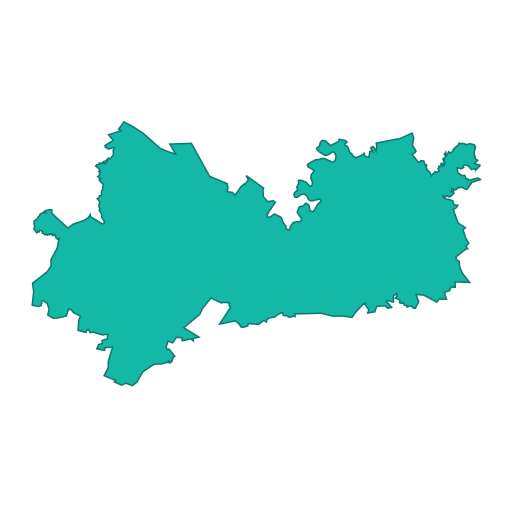 the district of Umzinyathi, KwaZulu-Natal, South Africa, rotated 271°
{"feature_id": "47623444B41861303399053", "entity_name": "Umzinyathi", "entity_type": "district", "adm_level": 2, "iso_a3": "ZAF", "parent_name": "South Africa", "parent_adm1": "KwaZulu-Natal", "projection": "equal_earth", "projection_center": [30.717, -28.61], "detail": "fine", "context": "isolated", "style": "filled", "palette": "teal", "viewbox_px": 512, "rotation_deg": 271, "n_neighbors": 0, "source": "geoboundaries", "source_scale": "gbopen_adm2", "svg_char_len": 6074}
<svg xmlns="http://www.w3.org/2000/svg" viewBox="0 0 512 512"><g transform="rotate(271 256 256)"><path d="M127.6,116.7L124.6,123.8L126.5,128.3L124.2,134.6L127.8,139.1L138.4,145.0L146.1,156.2L146.5,163.6L148.2,169.3L147.6,171.6L149.4,170.7L148.6,173.5L153.6,175.2L154.4,176.6L161.5,170.6L160.8,168.9L163.4,167.8L169.3,169.5L167.7,174.2L173.2,177.8L173.1,183.1L170.0,183.7L172.0,192.2L170.1,194.8L172.5,194.6L173.9,200.4L183.0,185.0L196.8,200.9L202.3,203.2L213.2,211.7L208.4,222.5L209.0,223.9L208.8,230.1L205.9,230.1L204.1,231.4L187.3,220.8L190.8,236.7L187.1,240.8L184.9,242.1L184.4,244.2L185.8,248.8L188.3,249.6L187.7,259.9L191.7,265.0L190.2,267.6L192.6,268.0L194.4,270.6L195.3,275.8L198.2,279.4L200.1,283.5L197.1,284.3L196.7,287.9L195.3,290.5L196.5,294.8L196.0,296.0L198.8,296.2L199.9,322.2L197.3,333.2L197.5,343.8L196.3,353.1L201.0,356.2L210.0,364.2L210.9,366.6L209.7,364.9L209.2,366.1L204.2,369.7L200.9,368.7L202.3,375.8L207.8,377.6L208.4,385.9L206.0,388.9L207.0,392.5L213.1,387.1L213.9,387.9L212.3,394.2L218.6,394.1L220.8,397.3L218.0,397.6L216.3,396.1L214.5,400.6L211.7,400.4L211.2,402.3L211.7,404.1L209.3,405.3L209.1,407.7L207.6,407.8L208.9,412.0L206.7,414.2L206.4,416.1L213.1,419.5L220.3,416.7L219.8,424.4L213.0,437.7L216.1,439.7L216.1,447.2L222.8,445.0L224.9,450.3L228.1,451.4L228.7,452.6L228.2,453.4L228.2,455.9L233.6,455.3L233.3,470.0L242.3,462.8L248.2,459.9L254.2,459.3L255.8,456.3L258.8,456.1L266.7,465.9L266.9,467.6L269.4,465.6L272.5,468.5L277.8,465.2L285.8,462.6L287.9,464.8L292.5,457.5L305.9,452.4L307.9,455.6L310.3,456.8L310.4,453.1L314.7,451.8L316.0,447.5L315.8,446.2L317.7,442.5L319.2,441.8L318.4,444.1L319.7,446.1L318.3,448.0L319.9,450.9L322.4,452.8L323.8,452.3L323.7,449.9L325.3,450.7L327.0,450.4L326.4,451.9L325.2,452.4L326.0,455.2L328.2,456.8L327.7,457.8L328.5,459.9L326.3,464.9L326.4,465.9L333.5,470.8L336.3,479.0L337.9,476.5L335.3,467.1L336.6,466.8L337.0,464.7L340.3,463.3L339.9,461.0L342.7,456.3L347.7,455.6L346.8,459.8L348.1,462.0L347.7,462.7L348.2,462.0L348.2,461.5L350.9,462.7L349.9,466.6L346.3,469.8L347.3,474.1L345.6,474.1L349.9,478.1L350.7,478.4L352.4,472.5L355.5,476.0L357.7,472.9L358.9,473.6L360.1,472.7L363.8,472.4L369.0,473.6L371.1,472.2L372.0,468.2L371.0,463.5L371.9,462.6L372.2,460.6L371.7,460.1L372.4,457.0L370.9,456.7L367.5,452.8L365.7,451.2L364.8,451.5L363.1,449.5L362.5,448.5L363.6,446.9L361.1,445.6L360.6,444.4L363.1,443.9L360.8,442.5L359.2,444.5L356.3,441.2L355.5,442.8L354.9,441.7L353.3,442.0L352.7,443.3L351.9,442.4L350.0,443.1L349.1,440.9L350.5,441.9L351.8,440.5L351.9,439.6L349.4,438.8L348.7,437.1L347.3,437.5L346.6,436.5L343.9,437.6L342.9,435.5L343.5,433.6L342.3,433.9L342.0,432.0L339.2,430.2L343.1,428.0L345.5,424.9L346.2,425.4L348.3,424.4L349.5,425.2L350.2,424.4L350.0,423.7L354.0,422.0L354.2,419.3L352.8,418.1L352.6,416.7L360.3,410.3L361.7,412.8L363.8,414.2L369.4,410.5L376.8,411.6L381.6,409.9L376.1,398.3L371.0,374.2L368.0,374.9L362.8,374.2L366.6,372.2L367.6,370.8L366.1,368.8L362.4,370.8L362.8,370.0L362.5,367.9L356.7,367.2L357.3,364.3L358.6,362.9L360.6,362.3L359.1,361.3L359.3,360.3L358.4,359.8L356.0,354.1L357.6,351.4L360.1,349.8L361.1,348.1L367.0,345.6L368.3,343.2L369.4,342.7L371.5,345.0L373.0,343.4L374.2,337.1L371.9,336.6L367.7,328.5L372.2,323.6L372.6,320.0L370.2,318.1L366.9,317.5L365.0,314.9L364.0,314.8L360.8,318.0L357.7,323.5L358.8,327.3L361.5,330.5L361.1,332.7L357.0,334.3L353.1,333.5L351.4,332.1L351.2,330.5L354.7,322.8L354.6,319.6L353.5,317.0L353.1,313.4L349.0,306.6L348.0,305.8L346.3,306.2L342.8,312.0L341.8,312.5L338.5,309.9L335.0,309.3L331.0,311.1L327.7,310.8L326.4,309.1L330.8,304.6L332.5,299.8L332.4,297.0L329.4,297.4L325.5,295.5L322.8,296.5L320.0,293.4L317.9,292.9L315.6,293.7L315.4,296.2L318.0,299.8L318.9,301.9L318.6,303.4L316.9,306.0L313.4,307.4L312.4,309.0L312.0,311.1L314.0,318.1L313.5,319.5L311.6,319.9L309.1,317.0L302.1,313.1L301.3,311.8L302.3,309.0L307.3,308.3L309.5,305.8L309.4,304.4L306.8,302.3L305.9,298.4L300.3,296.4L293.7,301.2L290.9,299.1L290.9,295.7L289.9,292.4L285.9,289.8L282.9,289.3L282.7,287.5L283.8,285.5L286.4,285.4L290.4,282.2L295.0,280.6L298.4,273.6L295.2,269.5L294.9,266.9L297.3,266.6L299.8,267.8L310.2,274.4L311.5,272.3L310.6,266.8L315.3,262.4L322.2,261.8L324.0,262.5L336.2,244.8L332.0,247.0L327.4,243.8L328.1,243.5L325.5,240.1L316.3,233.9L319.2,231.2L319.8,225.9L323.1,226.8L327.8,226.0L334.8,208.3L367.5,189.4L366.4,167.9L356.5,173.9L358.5,167.1L361.8,158.5L376.4,141.4L382.6,131.7L387.8,121.7L380.4,116.4L378.9,118.7L374.6,106.5L369.1,111.3L363.9,103.1L362.3,103.3L360.3,106.6L361.9,111.0L361.4,112.3L359.3,111.3L354.8,111.7L350.4,108.4L351.3,107.1L349.9,105.1L349.0,105.5L348.3,103.6L347.9,105.3L345.9,104.3L345.8,102.5L347.2,102.6L347.4,101.5L346.3,100.9L346.2,99.5L345.5,98.9L346.2,97.7L345.0,97.8L344.5,95.3L343.0,94.1L341.5,96.5L338.6,98.7L337.7,97.3L336.8,98.9L336.0,98.1L333.9,98.1L332.6,96.4L330.6,99.4L330.0,97.9L328.6,98.4L324.4,102.4L322.5,101.3L320.4,101.8L318.4,100.4L314.4,100.4L313.6,99.9L313.5,98.4L311.7,98.2L310.6,96.2L307.8,98.7L302.7,98.0L300.2,99.2L299.1,98.3L295.6,100.7L291.8,101.1L287.9,103.8L286.0,103.6L285.4,101.9L292.5,89.6L294.4,89.5L291.2,87.4L288.6,83.5L284.8,72.9L280.7,67.4L295.3,50.9L298.5,51.2L298.7,48.6L297.7,44.6L296.6,43.3L295.7,44.8L295.4,41.5L293.7,39.1L292.2,39.1L291.9,38.0L288.9,36.1L287.1,33.5L283.4,33.6L281.7,34.5L279.4,33.3L275.4,36.2L275.9,37.4L276.8,37.4L276.4,38.8L277.6,38.8L277.8,40.3L276.5,42.5L275.1,41.9L274.2,44.6L273.6,44.4L273.6,46.1L274.2,46.6L273.3,47.3L274.3,48.4L273.6,49.4L274.4,50.0L274.4,52.1L273.5,51.6L273.0,53.2L274.0,54.5L270.5,55.8L269.3,57.4L270.1,58.8L260.5,57.1L248.6,51.0L242.4,51.3L236.3,47.2L224.9,33.0L216.8,34.3L202.8,33.1L201.8,39.8L202.5,41.9L207.3,43.0L207.6,44.2L205.0,48.0L199.3,50.1L193.4,48.8L190.2,54.3L190.6,59.0L192.7,67.4L199.8,69.6L198.6,72.7L196.5,74.2L192.8,81.5L188.6,79.9L178.5,79.4L176.6,87.3L179.3,88.4L179.4,89.8L176.4,91.6L177.1,94.2L174.4,103.9L175.2,109.0L170.7,109.0L168.8,103.5L165.8,104.0L164.7,100.1L160.4,98.4L159.0,106.3L161.7,106.4L162.4,114.2L147.7,110.1L141.8,110.2L133.7,106.2L128.9,118.3L127.6,116.7Z" fill="#14b8a6" stroke="#0f766e" stroke-width="1.5"/></g></svg>